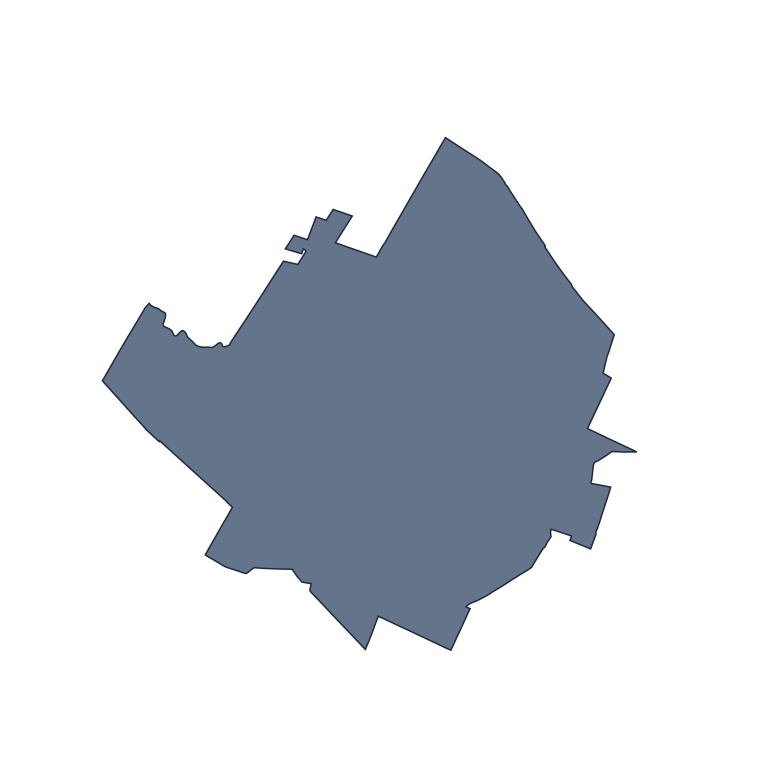 the district of Tataranu, Vrancea, Romania, rotated 204°
{"feature_id": "2599482B94040911807777", "entity_name": "Tataranu", "entity_type": "district", "adm_level": 2, "iso_a3": "ROU", "parent_name": "Romania", "parent_adm1": "Vrancea", "projection": "orthographic", "projection_center": [27.309, 45.527], "detail": "fine", "context": "isolated", "style": "filled", "palette": "slate", "viewbox_px": 768, "rotation_deg": 204, "n_neighbors": 0, "source": "geoboundaries", "source_scale": "gbopen_adm2", "svg_char_len": 6087}
<svg xmlns="http://www.w3.org/2000/svg" viewBox="0 0 768 768"><g transform="rotate(204 384 384)"><path d="M429.5,620.7L430.8,608.1L431.4,602.9L432.7,591.5L433.2,586.2L434.9,570.2L435.8,561.5L437.0,549.3L439.2,528.5L440.2,518.1L440.7,512.9L441.0,512.1L441.3,509.9L441.6,508.7L441.6,507.8L441.8,505.6L442.2,500.9L442.7,496.8L444.1,496.7L466.6,494.8L485.8,493.3L481.3,524.5L501.4,522.8L503.4,510.0L514.0,509.0L512.6,484.7L526.6,483.3L529.1,467.3L512.1,469.5L512.6,474.6L511.6,474.7L509.1,473.4L509.6,470.6L511.3,458.7L511.4,458.2L525.8,455.3L530.0,428.3L530.8,422.3L532.9,409.1L536.3,387.7L538.0,377.8L540.9,360.1L541.1,358.6L540.9,357.0L542.7,354.9L543.8,354.1L544.6,353.3L545.6,352.9L546.3,352.8L546.8,353.0L547.3,353.4L547.7,353.8L548.2,354.3L548.8,354.6L549.4,355.0L550.1,355.0L550.6,355.0L551.4,354.4L551.8,353.9L552.3,353.2L552.9,352.0L553.2,351.2L554.0,349.9L554.6,349.2L555.2,348.1L555.6,347.6L556.5,347.2L557.6,346.8L559.2,346.4L560.2,346.0L561.5,345.3L562.1,344.9L563.0,344.5L565.0,343.8L567.0,343.2L568.8,342.9L569.9,342.9L570.7,342.9L571.6,343.1L572.4,343.3L573.4,343.7L576.0,344.8L577.7,345.4L579.1,345.8L580.5,346.2L581.5,346.6L582.4,347.0L583.3,347.7L584.6,348.9L585.4,349.6L586.1,350.0L587.0,350.5L587.6,350.8L588.6,351.0L589.6,350.9L590.2,350.6L590.9,349.6L591.5,348.1L592.1,346.5L592.8,344.6L593.5,343.4L594.1,343.0L594.9,342.9L595.5,343.1L596.1,343.4L596.6,343.8L597.8,344.9L598.6,345.7L599.0,345.9L599.9,346.3L600.7,346.7L602.1,347.0L603.3,347.1L604.1,347.1L604.8,347.1L605.5,347.1L606.2,347.1L606.7,347.1L607.7,347.1L608.6,347.3L609.2,347.5L609.5,347.8L609.9,348.2L610.2,348.7L610.2,349.2L610.4,352.8L610.7,354.2L610.9,355.9L611.5,358.2L611.8,358.8L612.2,359.2L612.6,359.6L613.1,359.9L613.5,360.0L613.9,360.0L614.8,360.0L616.2,360.1L617.4,360.2L618.2,360.4L619.1,360.7L619.8,360.9L620.7,361.0L621.3,361.0L622.5,361.0L623.3,360.8L624.6,360.6L625.4,360.6L626.2,360.7L627.3,360.8L628.5,361.0L629.3,361.2L629.8,361.4L630.4,361.6L630.7,361.9L631.2,362.3L631.6,361.4L633.3,356.2L633.3,355.3L635.4,337.4L637.3,322.1L639.1,306.2L639.5,301.9L641.0,287.6L642.6,272.4L638.7,270.6L630.2,266.8L602.6,254.5L599.9,253.3L599.6,253.1L591.3,249.6L589.5,248.8L581.9,245.3L566.6,240.1L566.0,240.0L566.0,240.9L550.1,235.7L534.3,230.5L488.3,215.4L480.0,212.7L479.3,212.1L472.4,209.8L473.4,198.9L473.6,197.5L474.3,190.8L477.4,159.5L477.6,157.0L477.8,155.1L475.6,154.8L470.6,154.3L465.8,153.7L463.0,153.4L458.5,152.8L457.6,152.7L454.9,152.5L453.7,152.5L452.7,152.6L447.8,153.1L443.2,153.6L435.4,154.3L433.4,154.6L432.8,154.8L432.4,155.4L431.6,156.5L431.2,157.6L430.8,158.4L429.6,160.7L428.3,162.8L427.7,163.4L427.2,163.7L425.8,164.1L419.5,166.4L411.2,169.7L407.2,171.3L400.9,173.9L392.9,177.3L392.6,177.4L392.3,177.3L387.8,174.5L384.5,172.5L382.0,171.5L381.1,171.1L378.9,169.8L378.3,169.7L371.5,171.4L369.3,172.0L368.4,167.8L368.1,166.4L367.8,165.5L367.3,164.9L366.7,164.5L366.2,164.2L352.5,158.6L342.8,154.5L333.0,150.4L320.1,145.1L296.0,135.1L293.1,133.9L293.1,135.9L293.3,143.9L293.5,148.7L293.9,155.2L294.3,160.7L294.5,164.0L294.6,167.4L294.7,169.1L294.8,169.5L291.2,169.5L287.0,169.4L284.1,169.3L279.6,169.3L278.4,169.3L276.6,169.2L274.1,169.1L268.9,169.0L264.9,169.0L263.6,169.0L262.8,169.0L262.7,169.0L262.0,169.0L256.2,168.8L253.9,168.8L250.9,168.7L247.5,168.7L246.7,168.6L242.2,168.5L233.2,168.3L231.1,168.3L230.5,168.3L228.6,168.2L219.9,168.0L214.6,168.0L214.4,183.7L214.2,196.3L214.1,207.7L213.9,212.5L213.9,213.7L214.1,213.7L217.3,213.8L218.3,213.8L218.3,214.0L218.0,214.8L217.9,215.5L216.5,217.8L215.7,218.9L215.4,219.2L212.9,221.8L210.5,224.3L208.5,226.8L207.6,227.9L206.1,229.7L204.1,232.4L203.0,233.9L202.2,235.2L201.2,236.6L200.6,237.8L199.5,239.3L197.2,242.7L194.8,246.0L190.9,251.9L187.1,257.8L185.2,260.5L182.3,265.0L180.6,267.4L176.8,272.9L175.3,275.2L174.7,276.3L174.0,281.7L173.4,286.4L172.3,294.8L172.0,297.2L171.6,298.6L171.2,299.3L170.8,300.2L170.6,301.2L170.6,301.9L170.5,303.0L170.6,303.9L170.6,304.6L170.5,305.7L170.3,306.5L170.1,307.5L170.0,308.6L169.8,309.5L169.6,310.4L169.5,311.2L169.4,311.6L169.4,312.2L169.4,312.7L169.7,313.2L170.6,314.5L171.1,315.3L171.5,316.0L171.8,317.2L172.1,318.4L172.3,319.3L153.5,321.2L150.9,321.4L150.7,320.3L150.5,316.7L128.2,317.4L129.2,333.0L130.1,334.3L130.4,340.4L131.1,347.7L131.8,353.2L132.6,360.9L133.5,369.7L134.3,377.3L135.0,382.0L141.8,380.4L144.1,379.9L150.1,378.4L154.1,377.5L154.5,377.6L154.9,377.9L155.1,379.2L155.1,379.9L155.2,380.4L155.2,380.7L155.3,381.1L155.4,381.5L155.6,382.2L156.3,384.1L157.2,387.1L157.4,387.8L157.9,389.1L158.2,390.1L158.6,391.6L159.0,392.7L159.3,393.5L159.5,394.3L159.7,395.1L159.8,395.8L159.8,396.4L159.8,396.9L159.7,397.9L159.4,398.5L158.4,399.7L157.0,401.2L156.5,402.1L155.2,403.9L154.5,405.0L153.8,406.1L152.1,408.8L151.3,409.9L150.4,411.3L150.0,412.3L149.3,413.3L148.9,413.9L148.1,415.0L147.6,415.4L146.5,415.7L145.2,416.3L141.6,417.7L139.6,418.5L138.7,418.8L137.6,419.3L136.1,419.9L133.9,420.9L132.2,421.7L125.4,424.8L134.2,425.0L139.1,425.1L155.2,425.4L159.2,425.5L176.1,425.9L179.2,426.0L179.5,426.1L179.7,426.3L179.9,426.6L179.9,427.0L179.9,427.8L179.9,429.1L179.5,448.2L179.1,467.5L178.8,480.0L178.8,481.8L188.2,483.0L188.2,483.5L188.4,484.0L189.9,491.6L191.4,499.8L191.7,504.5L193.7,522.7L208.4,529.3L220.9,534.8L221.2,534.9L234.9,540.7L235.2,540.9L238.2,542.3L240.2,543.4L243.1,544.9L245.5,546.3L248.0,547.5L251.3,549.2L251.8,549.6L253.9,551.7L255.7,552.6L258.0,553.8L262.1,556.0L272.3,561.8L277.6,565.0L285.2,569.8L292.8,574.5L292.7,575.8L301.9,581.5L306.1,584.1L307.2,584.7L313.2,588.9L318.1,592.3L329.3,600.4L330.2,600.8L331.8,601.7L333.8,603.0L335.3,604.0L336.8,604.9L338.0,605.6L339.0,606.3L340.6,607.3L343.7,609.4L345.3,610.4L346.9,611.4L348.2,612.3L349.4,613.1L350.3,613.8L351.4,614.5L352.1,615.0L352.6,615.2L353.2,615.4L353.8,615.6L354.1,615.7L354.5,616.0L354.7,616.4L355.0,616.7L355.5,617.1L356.4,617.6L357.6,618.4L358.4,618.9L360.2,620.0L360.8,620.5L362.7,621.4L363.9,622.1L364.4,622.3L367.0,623.0L370.4,623.9L371.0,624.0L372.2,624.3L373.8,624.5L383.4,626.8L387.2,627.6L409.8,631.1L428.1,634.1L429.5,620.7Z" fill="#64748b" stroke="#1e293b" stroke-width="1.5"/></g></svg>